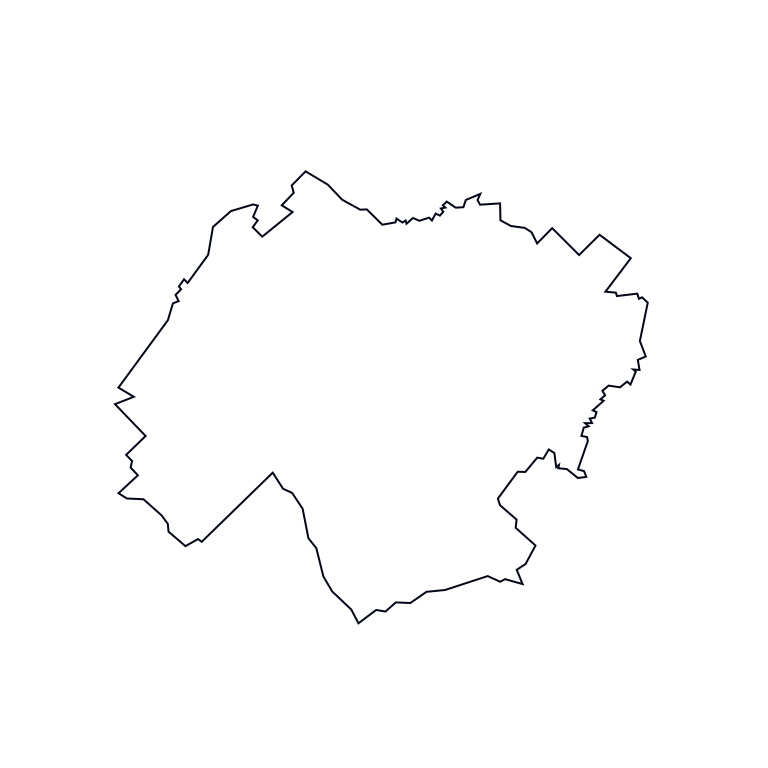 Southern Grampians, Victoria, Australia, rotated 127°
{"feature_id": "25037944B54836880156068", "entity_name": "Southern Grampians", "entity_type": "district", "adm_level": 2, "iso_a3": "AUS", "parent_name": "Australia", "parent_adm1": "Victoria", "projection": "natural_earth1", "projection_center": [141.808, -37.53], "detail": "medium", "context": "isolated", "style": "outline", "palette": "ink", "viewbox_px": 768, "rotation_deg": 127, "n_neighbors": 0, "source": "geoboundaries", "source_scale": "gbopen_adm2", "svg_char_len": 1966}
<svg xmlns="http://www.w3.org/2000/svg" viewBox="0 0 768 768"><g transform="rotate(127 384 384)"><path d="M590.5,260.4L569.2,254.3L564.8,245.9L551.3,243.1L543.1,231.2L524.4,225.0L511.8,211.3L475.0,185.6L472.0,172.2L467.0,169.9L460.4,152.9L452.5,166.2L442.5,162.6L421.8,165.8L419.6,192.3L412.5,196.5L411.0,218.3L407.0,224.1L373.6,224.4L369.2,218.2L350.6,217.3L347.8,211.8L337.1,213.0L336.6,206.4L346.7,196.5L343.3,195.6L346.4,194.1L341.9,186.8L342.4,172.6L336.4,166.5L333.2,171.8L335.5,177.7L306.8,186.9L304.2,189.9L306.6,195.1L298.6,198.2L294.6,195.1L294.3,199.9L290.0,194.3L287.8,198.9L284.0,195.4L278.5,197.4L279.4,201.4L265.2,198.5L266.0,201.9L260.0,200.6L258.0,205.5L250.1,203.6L244.6,193.5L235.8,191.3L236.1,186.8L222.6,190.4L222.4,193.7L219.0,188.4L212.0,195.8L204.5,191.5L195.7,205.5L160.3,222.3L159.5,230.1L162.5,231.7L159.4,236.1L173.6,250.9L171.5,253.8L177.0,262.7L135.0,262.6L135.1,301.7L163.6,305.8L158.3,343.5L179.6,346.3L174.0,357.5L174.6,365.5L181.4,377.7L183.2,389.5L169.9,400.0L183.0,415.2L180.8,420.0L174.2,421.5L187.8,429.4L195.0,427.0L200.0,432.8L200.6,443.7L205.9,444.5L206.2,441.2L209.6,444.2L210.8,440.3L215.9,440.7L216.8,445.3L224.6,444.1L224.0,448.1L232.4,454.0L233.9,460.7L242.5,462.5L240.4,465.1L243.9,466.4L244.4,473.6L248.0,472.1L257.8,481.2L254.9,502.8L259.1,507.9L262.0,528.3L258.6,548.9L261.4,574.6L281.0,577.2L285.6,571.2L302.8,573.2L301.7,560.5L339.6,569.9L337.8,583.2L329.3,583.3L329.3,589.1L317.5,592.1L319.3,596.5L338.0,610.3L361.5,615.1L386.6,602.2L421.5,601.6L420.7,606.7L429.5,606.5L430.4,603.1L438.3,604.1L441.4,597.9L446.6,601.1L463.1,595.0L546.7,593.9L544.8,576.1L562.0,586.7L569.0,543.1L595.8,547.3L597.1,538.9L603.3,536.0L605.0,525.6L631.0,530.3L630.2,520.5L620.8,506.7L622.8,482.5L625.8,472.5L631.6,467.2L633.0,445.0L619.8,439.2L619.7,434.6L521.8,419.5L528.4,401.6L526.3,391.8L532.6,373.9L552.7,351.5L555.8,339.3L574.2,316.6L580.9,300.4L583.8,274.4L590.5,260.4Z" fill="none" stroke="#020617" stroke-width="2"/></g></svg>